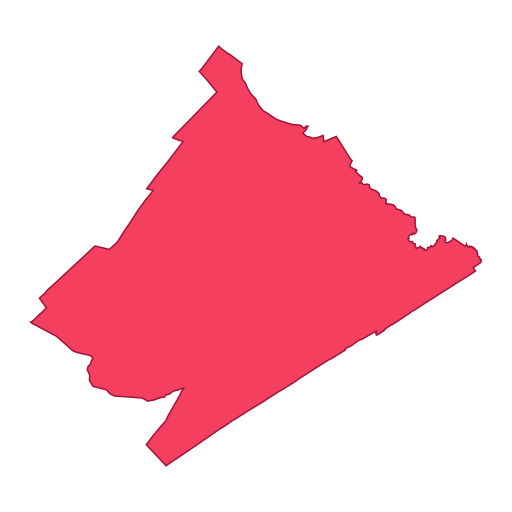 Roata De Jos, Giurgiu, Romania
{"feature_id": "2599482B53285943705449", "entity_name": "Roata De Jos", "entity_type": "district", "adm_level": 2, "iso_a3": "ROU", "parent_name": "Romania", "parent_adm1": "Giurgiu", "projection": "equal_earth", "projection_center": [25.541, 44.417], "detail": "fine", "context": "isolated", "style": "filled", "palette": "rose", "viewbox_px": 512, "rotation_deg": 0, "n_neighbors": 0, "source": "geoboundaries", "source_scale": "gbopen_adm2", "svg_char_len": 5963}
<svg xmlns="http://www.w3.org/2000/svg" viewBox="0 0 512 512"><path d="M31.1,322.6L32.1,323.3L37.4,326.0L40.1,327.6L46.1,330.8L56.6,336.3L56.5,336.5L57.7,337.2L61.7,340.9L62.9,341.8L63.5,342.5L68.4,346.8L69.6,348.0L72.0,350.1L73.9,351.4L75.0,351.8L79.4,353.1L83.4,354.0L86.7,354.6L90.1,355.6L91.2,356.1L92.1,357.1L92.3,357.7L92.5,358.4L92.5,359.1L92.5,359.4L92.2,359.8L91.4,360.7L90.9,362.4L90.3,364.1L89.8,364.8L88.9,365.5L88.1,366.5L87.6,368.2L87.3,369.5L87.4,370.3L88.1,371.4L89.0,373.7L89.7,375.4L89.7,376.7L89.5,378.3L89.5,379.8L89.6,380.9L89.8,381.2L90.1,381.6L92.8,386.0L93.3,386.4L98.7,387.9L106.0,389.6L106.5,389.9L110.0,393.8L114.4,396.0L117.9,396.3L122.2,396.5L142.1,398.0L143.4,398.6L147.1,400.8L147.6,401.1L148.2,401.1L153.4,399.9L153.6,400.2L154.0,400.1L156.2,399.1L161.1,397.5L163.7,397.3L164.8,396.9L165.3,395.1L169.8,394.0L171.4,392.4L173.0,391.4L174.6,390.7L175.5,390.7L176.3,390.4L177.3,390.3L180.2,389.1L183.6,388.0L180.9,392.6L180.2,394.5L167.9,416.1L165.8,420.8L160.0,427.4L153.5,435.1L146.3,444.7L166.1,465.8L169.3,463.4L182.7,454.5L200.6,442.3L204.5,439.5L219.6,429.1L223.7,426.7L231.1,421.5L242.6,414.4L248.8,410.4L260.4,403.4L276.1,393.3L286.8,386.8L295.5,381.3L299.2,378.6L319.8,365.4L329.5,359.4L331.4,358.6L332.6,357.9L345.3,350.1L344.9,349.4L347.5,347.4L349.3,346.8L351.6,345.5L353.0,344.5L357.1,341.4L359.8,339.8L361.5,339.5L372.7,333.1L376.3,331.3L376.0,333.1L376.0,334.3L376.2,334.9L376.4,335.0L376.9,335.1L380.0,333.4L380.3,333.0L381.1,332.4L382.9,331.1L384.1,330.8L384.3,329.9L384.1,329.8L391.1,324.9L392.2,324.8L392.3,324.5L392.5,324.3L393.4,323.9L397.0,321.5L402.1,318.3L404.7,316.4L408.9,313.7L411.8,311.5L415.3,309.5L419.4,306.8L420.8,306.0L425.4,302.9L426.6,302.1L427.0,302.0L426.9,301.9L428.0,301.2L434.4,297.3L440.7,293.1L447.6,288.9L456.3,283.2L470.0,274.7L475.5,270.9L473.1,267.9L474.3,266.9L479.5,263.4L481.1,262.1L481.1,261.9L480.4,261.2L481.0,260.6L481.3,260.1L481.2,259.8L480.0,258.9L479.8,258.5L479.8,257.5L479.6,257.2L478.8,256.5L477.9,256.2L477.7,255.9L477.7,254.8L477.4,253.7L477.2,252.3L476.8,250.7L475.4,249.7L474.8,249.5L474.7,248.7L473.9,248.8L473.6,248.7L473.3,248.1L473.6,247.7L472.8,247.4L472.3,246.9L471.6,246.5L469.8,246.3L469.7,246.3L469.9,246.8L469.8,247.2L469.2,247.1L468.5,247.2L467.0,245.4L466.4,244.1L466.3,244.6L465.2,246.4L454.0,238.6L453.1,238.2L452.8,238.2L452.7,238.5L452.6,239.1L452.3,239.8L451.2,240.8L450.0,241.4L448.3,242.5L447.3,242.7L446.9,242.7L445.4,242.0L445.0,241.1L444.9,240.8L445.0,240.5L445.8,239.9L445.8,239.2L445.4,238.3L445.3,237.7L445.1,237.2L444.5,236.5L444.2,236.4L441.4,235.8L439.7,235.7L439.4,235.8L439.2,236.0L439.2,237.0L439.4,237.5L439.8,237.6L439.8,237.9L436.9,240.5L436.7,240.9L437.0,241.7L436.9,242.1L436.0,243.0L435.3,244.1L434.0,245.6L432.6,246.7L432.4,246.8L431.6,246.5L431.5,245.9L431.3,245.8L430.8,245.7L430.7,245.9L430.8,246.5L430.6,246.8L429.2,247.3L427.7,247.4L427.6,247.5L427.6,247.8L427.7,248.8L427.5,249.3L427.1,249.6L426.6,249.7L426.0,249.6L425.4,250.1L424.7,250.1L424.0,250.0L423.9,249.7L424.1,248.9L422.5,248.0L421.6,248.0L421.2,247.9L420.9,246.7L420.6,246.4L419.2,247.2L416.9,248.2L416.4,248.3L416.0,248.2L415.9,247.9L415.8,246.7L414.9,245.9L414.9,245.5L415.2,244.3L415.1,243.8L414.8,243.6L414.4,243.8L413.7,243.7L413.2,243.5L412.9,243.2L412.8,242.2L412.6,241.6L412.3,241.5L410.7,241.8L409.9,241.5L408.9,240.6L408.0,239.4L408.3,239.0L409.0,238.5L408.5,237.5L408.7,236.7L409.1,235.9L410.4,234.5L410.9,234.4L411.7,234.7L412.2,234.7L412.4,234.5L412.5,233.7L412.8,233.1L413.2,233.1L413.8,234.0L414.1,234.1L414.5,234.0L415.9,232.8L416.4,231.9L416.9,230.1L416.4,229.4L416.3,228.7L415.3,227.4L415.5,226.5L414.9,223.7L415.0,223.3L415.4,222.9L415.0,220.6L415.3,219.6L414.9,218.7L415.1,217.8L414.7,217.2L413.9,216.9L412.4,217.3L412.0,217.3L410.3,216.4L409.7,215.2L409.3,215.0L404.4,214.0L404.0,213.7L403.7,213.1L402.7,211.8L401.5,211.0L401.4,210.5L401.2,210.2L400.8,210.2L400.1,210.4L399.2,209.7L397.5,209.4L396.0,208.5L395.7,208.0L395.5,207.2L395.0,206.4L394.2,205.8L394.0,205.4L393.2,204.8L391.6,204.6L389.8,204.0L388.1,204.0L386.4,203.8L385.8,203.6L385.6,203.4L385.6,203.1L386.1,202.4L386.0,201.3L386.2,200.0L386.1,199.5L385.8,198.9L385.1,198.4L381.5,197.9L380.4,197.2L379.7,196.4L379.4,195.8L379.1,193.9L378.7,193.1L378.1,192.5L376.3,191.1L374.8,190.3L372.0,189.5L370.4,188.5L369.8,187.6L369.7,187.0L369.2,185.0L368.9,184.7L367.7,184.2L366.5,184.1L365.6,184.5L363.9,184.6L363.2,184.2L362.9,184.3L362.4,183.3L361.7,182.9L361.2,182.9L359.4,183.5L359.4,183.2L359.7,182.7L361.3,181.0L361.8,180.2L362.1,179.4L362.4,177.4L359.2,175.2L357.9,173.7L355.6,171.7L355.5,171.4L356.6,170.5L356.3,170.4L356.4,170.1L356.3,169.9L355.1,169.3L353.3,168.8L352.1,167.8L351.4,167.7L351.2,167.4L350.6,167.0L350.2,166.4L350.1,166.2L350.1,165.1L350.0,164.6L351.4,162.4L351.7,161.5L351.7,161.2L352.1,160.7L350.9,159.4L349.2,157.0L336.3,136.4L323.9,141.6L323.7,141.5L323.2,135.6L323.0,135.3L319.8,136.8L318.4,137.2L317.1,137.6L313.2,138.3L312.8,138.2L308.7,136.7L307.4,136.7L306.2,136.0L303.5,133.7L303.1,133.3L303.1,133.0L305.3,130.5L306.2,129.7L306.9,128.1L308.0,126.1L306.5,126.2L305.8,126.4L304.4,128.0L304.1,128.2L302.7,127.3L300.5,125.3L297.0,124.8L294.3,124.7L292.0,124.4L288.9,123.6L278.4,120.1L276.4,119.3L265.4,112.0L263.0,110.6L260.2,107.1L258.2,104.4L257.5,103.1L256.1,99.6L255.7,99.0L253.4,96.5L251.6,94.6L250.6,93.4L247.6,88.3L246.1,84.9L245.3,82.9L242.5,79.2L242.0,77.8L241.7,75.5L241.0,72.3L241.3,68.2L241.9,65.2L242.1,63.7L229.5,54.2L229.4,54.4L222.7,49.7L218.7,46.2L201.7,68.7L199.2,71.4L205.4,78.1L216.9,92.1L172.7,137.3L173.3,137.1L172.6,137.8L178.2,140.0L183.1,141.4L181.2,144.0L167.4,162.1L157.9,173.8L148.7,186.1L146.6,188.7L153.1,190.5L148.3,196.7L145.4,200.0L143.0,203.5L139.0,208.8L129.9,222.8L123.0,233.0L117.6,241.7L114.3,245.0L109.3,249.4L95.0,246.0L55.5,282.8L47.9,289.6L44.8,293.4L41.7,296.0L39.4,298.2L46.4,307.8L45.7,308.6L41.7,312.6L39.5,314.4L35.4,318.5L31.3,322.1L30.7,322.1L31.1,322.6Z" fill="#f43f5e" stroke="#9f1239" stroke-width="1.5"/></svg>